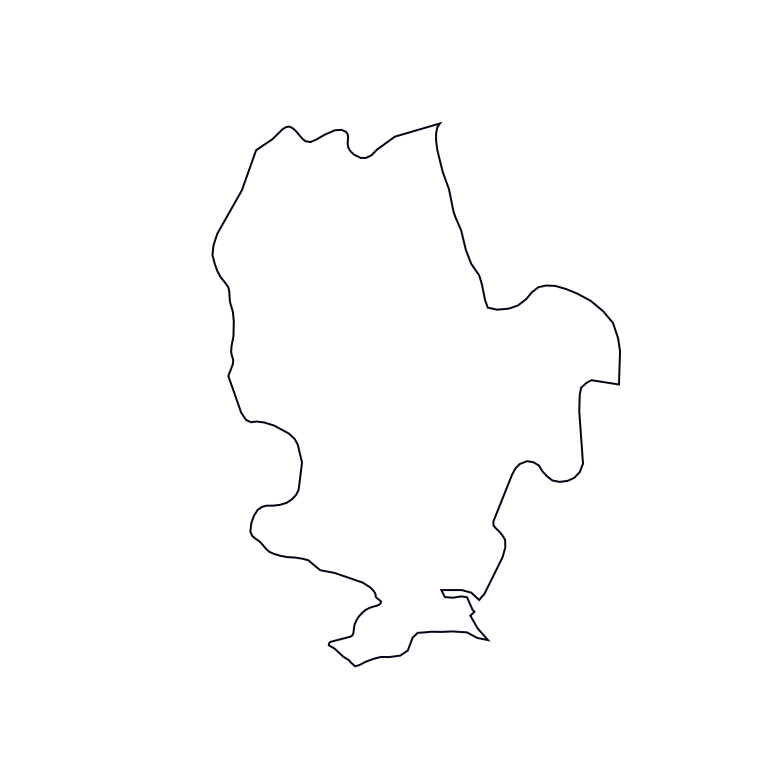 Đồng Nai, Mercator projection, rotated 317°
{"feature_id": "VNM-497", "entity_name": "Đồng Nai", "entity_type": "Province", "adm_level": 1, "iso_a3": "VNM", "parent_name": "Vietnam", "parent_adm1": "", "projection": "mercator", "projection_center": [107.117, 11.067], "detail": "fine", "context": "isolated", "style": "outline", "palette": "ink", "viewbox_px": 768, "rotation_deg": 317, "n_neighbors": 0, "source": "natural_earth", "source_scale": "10m", "svg_char_len": 2710}
<svg xmlns="http://www.w3.org/2000/svg" viewBox="0 0 768 768"><g transform="rotate(317 384 384)"><path d="M292.4,612.3L289.2,612.3L285.8,626.7L285.4,642.2L279.0,633.3L275.3,622.3L265.6,611.9L256.6,604.2L249.8,597.6L244.0,593.1L239.0,589.0L232.2,589.0L225.5,592.2L219.6,595.2L210.6,593.7L201.5,587.2L195.6,581.5L189.5,578.2L184.8,576.1L180.1,574.3L174.5,572.9L170.3,570.7L169.8,564.5L170.0,562.1L168.2,555.5L167.4,543.7L165.4,537.5L167.3,536.1L168.8,536.0L186.9,545.8L188.9,546.3L190.2,546.1L191.8,545.3L196.3,541.4L198.8,539.7L202.5,538.1L206.8,536.9L211.8,536.5L216.6,536.7L220.4,537.8L224.3,539.5L227.8,541.4L230.0,542.1L231.5,542.1L232.5,541.8L233.2,541.3L233.5,540.6L233.4,539.5L232.8,535.8L232.8,534.5L233.2,533.5L234.1,532.4L234.8,531.1L235.3,528.0L235.2,523.4L233.0,514.8L218.9,488.3L210.3,476.6L208.4,461.3L205.4,456.4L200.6,450.3L195.1,444.5L190.7,438.5L187.6,433.0L185.7,428.6L185.3,424.4L185.7,414.7L184.6,409.9L184.0,405.2L185.7,400.7L192.4,395.0L199.3,391.6L205.9,389.9L211.0,390.7L215.3,393.0L219.9,397.3L225.3,401.3L231.7,404.5L237.9,405.5L243.8,405.2L249.1,403.4L270.5,385.5L279.6,369.5L281.2,363.2L280.6,355.3L275.3,339.5L270.1,330.4L265.2,324.5L260.7,321.3L258.6,316.1L260.0,307.6L275.6,272.0L287.0,266.4L290.1,263.6L292.3,259.1L294.1,256.3L298.3,252.3L306.5,246.4L317.1,235.5L322.5,228.4L327.6,218.5L334.2,210.4L336.0,207.2L336.7,203.4L337.4,194.3L339.1,187.8L342.0,181.1L346.4,172.8L353.9,166.3L364.6,160.4L412.2,145.4L449.9,125.8L469.4,128.9L483.5,128.5L487.5,129.3L490.1,130.9L491.2,133.3L491.9,135.9L492.0,139.3L491.6,148.9L492.1,152.8L495.3,157.0L501.0,159.0L510.5,161.2L521.1,164.9L526.2,169.1L528.2,173.7L527.8,176.5L526.3,178.8L521.5,183.3L519.4,186.2L518.2,190.5L518.5,195.8L521.2,202.9L525.1,206.4L530.9,208.2L538.7,207.8L560.6,210.5L602.6,231.6L598.7,232.4L596.4,233.8L592.7,236.5L587.7,242.0L582.4,249.5L571.5,269.1L564.4,285.8L552.9,304.5L550.3,309.9L545.2,324.3L535.4,341.6L529.7,355.7L527.7,369.5L523.4,378.2L515.1,391.6L512.0,398.9L517.4,406.8L526.7,414.0L535.4,417.9L545.9,418.9L554.7,417.8L563.0,418.5L569.9,422.7L576.2,429.1L582.1,439.1L586.9,449.5L591.9,464.2L593.9,480.0L593.1,495.6L586.4,510.2L579.0,521.0L555.5,544.6L538.3,522.7L533.1,521.3L525.7,521.1L519.7,525.5L508.2,537.1L475.2,578.0L467.2,581.9L459.1,582.4L452.1,580.0L445.7,575.4L441.4,569.5L440.3,563.1L440.3,556.0L441.7,549.2L439.9,543.1L436.0,538.0L428.7,535.1L422.5,535.4L415.7,537.7L370.1,559.2L367.6,562.3L367.4,565.7L367.7,570.7L367.3,575.6L366.3,580.6L361.2,586.3L352.7,591.5L314.0,606.1L309.8,606.4L306.5,606.9L306.3,606.9L305.5,596.1L300.2,587.6L285.4,573.8L283.2,581.4L288.5,587.2L295.6,592.0L299.3,596.6L294.8,609.4L294.8,612.3L292.4,612.3Z" fill="none" stroke="#020617" stroke-width="2"/></g></svg>